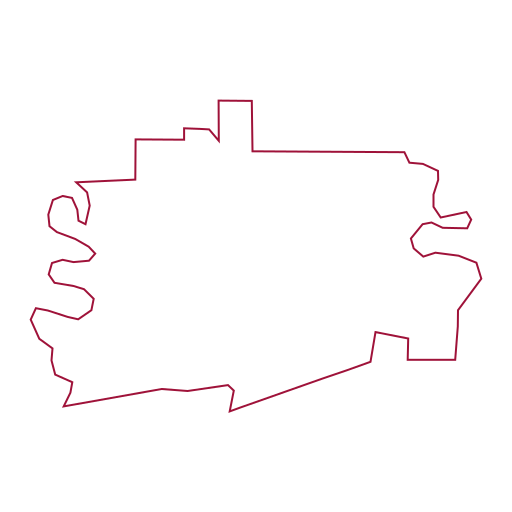 the district of Dois Lajeados, Rio Grande do Sul, Brazil
{"feature_id": "56859067B92510091629986", "entity_name": "Dois Lajeados", "entity_type": "district", "adm_level": 2, "iso_a3": "BRA", "parent_name": "Brazil", "parent_adm1": "Rio Grande do Sul", "projection": "robinson", "projection_center": [-51.855, -28.973], "detail": "fine", "context": "isolated", "style": "outline", "palette": "rose", "viewbox_px": 512, "rotation_deg": 0, "n_neighbors": 0, "source": "geoboundaries", "source_scale": "gbopen_adm2", "svg_char_len": 1097}
<svg xmlns="http://www.w3.org/2000/svg" viewBox="0 0 512 512"><path d="M63.7,406.4L161.7,389.0L187.6,391.0L228.0,385.1L233.8,390.6L229.7,411.4L240.4,407.5L322.7,378.5L346.8,370.3L370.5,361.8L375.5,332.1L408.2,338.5L407.7,359.8L455.2,359.8L457.8,326.5L458.0,310.2L481.3,278.7L476.4,262.7L458.6,255.7L435.4,252.7L423.3,256.6L413.7,248.4L410.9,238.5L422.6,224.2L431.5,222.5L442.7,227.8L467.2,228.3L471.2,219.6L466.5,212.0L440.7,217.5L433.5,206.8L433.5,194.5L438.2,179.9L438.0,170.9L422.9,163.9L409.4,162.7L404.4,152.2L252.5,151.3L251.8,100.9L218.6,100.6L218.8,140.8L209.1,129.4L200.0,128.9L184.1,128.3L184.1,139.7L135.6,139.4L135.3,179.6L76.2,182.3L87.1,192.4L89.7,205.6L85.5,224.2L78.5,220.7L77.3,209.7L72.0,197.9L62.6,196.0L52.9,200.0L48.3,214.6L49.5,226.2L56.9,232.1L75.3,239.0L88.7,246.7L95.2,253.6L89.0,260.7L73.5,262.1L62.6,259.8L52.0,263.0L48.7,274.4L54.5,282.8L73.5,286.0L84.0,289.2L93.7,298.8L91.4,310.2L78.2,319.3L67.6,316.9L47.8,310.5L35.9,308.2L30.7,319.6L39.3,338.8L52.5,348.4L51.5,360.4L55.2,374.6L72.3,382.2L70.4,392.7L63.7,406.4Z" fill="none" stroke="#9f1239" stroke-width="2"/></svg>